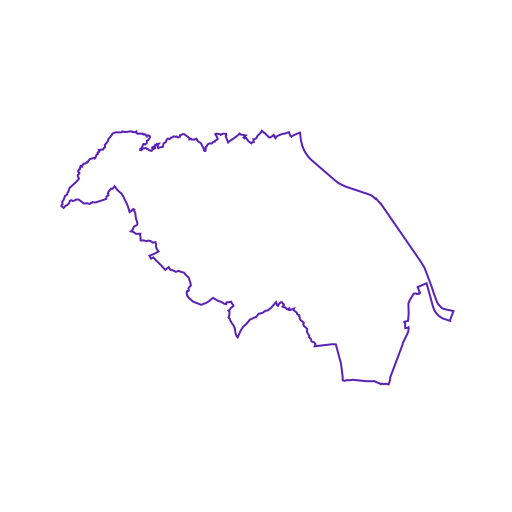 Motaieni, Dâmbovita, Romania, rotated 331°
{"feature_id": "2599482B19115351514525", "entity_name": "Motaieni", "entity_type": "district", "adm_level": 2, "iso_a3": "ROU", "parent_name": "Romania", "parent_adm1": "Dâmbovita", "projection": "albers", "projection_center": [25.393, 45.104], "detail": "fine", "context": "isolated", "style": "outline", "palette": "violet", "viewbox_px": 512, "rotation_deg": 331, "n_neighbors": 0, "source": "geoboundaries", "source_scale": "gbopen_adm2", "svg_char_len": 6095}
<svg xmlns="http://www.w3.org/2000/svg" viewBox="0 0 512 512"><g transform="rotate(331 256 256)"><path d="M367.7,238.4L363.5,232.2L361.8,228.3L350.9,198.6L349.9,194.9L349.3,188.9L349.4,185.9L350.0,181.7L351.6,176.0L354.3,169.5L350.8,168.9L345.6,168.6L344.8,168.9L344.3,167.5L344.5,165.5L345.0,163.8L344.6,163.6L340.2,162.9L338.8,162.1L333.6,161.4L332.1,161.5L330.2,162.4L329.9,161.1L329.9,160.4L330.5,159.6L330.1,158.7L326.4,159.3L325.0,158.7L323.4,153.3L321.8,149.3L320.6,150.2L315.0,151.9L313.5,153.1L310.9,153.2L310.3,152.7L309.2,155.3L308.1,154.7L306.5,155.2L305.1,151.9L304.4,147.4L303.1,147.6L302.7,146.3L305.5,145.6L301.4,142.2L301.0,141.0L298.4,141.7L292.0,142.5L288.3,142.7L286.7,143.2L287.0,140.3L287.4,138.4L287.5,136.7L288.7,135.8L289.1,134.7L286.3,132.9L283.7,132.9L283.7,132.2L281.3,130.2L279.7,129.6L279.4,129.7L279.6,131.9L279.4,134.9L278.8,135.3L276.5,135.3L275.6,136.0L273.5,135.5L271.7,136.2L270.2,135.1L269.2,134.9L267.2,135.3L265.8,136.3L265.0,136.2L264.5,136.5L264.3,137.6L263.4,138.4L262.9,139.5L262.3,139.5L261.9,139.2L261.8,138.3L262.3,136.5L262.5,131.1L262.2,129.9L260.9,127.8L260.6,126.7L260.8,124.6L258.8,124.3L257.4,123.7L256.1,122.9L256.2,122.3L255.9,121.7L254.3,121.6L254.8,120.6L254.5,119.4L252.2,114.6L250.9,113.8L249.5,113.9L248.4,113.5L247.9,113.7L247.3,114.8L245.5,114.6L244.8,114.0L244.5,112.9L243.2,112.6L242.2,111.5L240.0,111.7L239.2,111.3L237.1,111.8L235.8,110.6L234.3,110.9L232.4,112.6L229.8,112.7L227.5,115.4L224.1,114.3L222.8,114.4L222.7,113.6L223.2,112.4L224.5,111.1L225.5,110.7L223.8,109.9L223.3,110.4L221.7,110.7L221.5,110.0L220.6,110.7L220.3,111.9L219.9,111.8L218.8,110.7L217.8,110.7L217.6,111.3L218.9,112.7L217.1,112.7L215.7,113.5L213.7,111.5L213.4,110.3L212.3,109.3L212.1,108.4L211.5,107.9L208.9,107.2L207.0,107.9L206.1,107.1L206.6,106.3L207.7,106.3L209.7,105.2L211.4,103.6L212.0,103.5L212.6,104.0L213.0,104.7L215.1,104.4L216.5,102.4L218.0,102.4L220.6,100.9L221.2,100.2L221.3,99.7L220.7,98.6L220.0,98.1L218.6,98.6L218.3,96.3L217.9,95.6L216.9,95.6L216.5,95.2L216.6,94.6L216.1,93.9L215.7,94.0L214.9,93.3L211.5,91.5L211.3,90.2L211.7,89.1L210.1,89.2L209.3,88.3L208.0,87.7L207.7,86.7L207.0,86.2L203.5,85.0L200.9,83.6L199.4,82.2L198.8,82.6L197.9,82.5L193.3,79.8L190.0,79.4L188.2,80.4L183.6,82.2L182.3,83.7L177.6,85.6L177.2,86.8L176.6,87.7L175.0,87.9L173.9,88.8L170.1,87.0L170.1,88.0L169.7,88.8L168.4,88.6L167.7,88.8L167.4,89.0L167.4,90.0L165.7,90.1L162.9,92.5L162.0,92.5L162.0,91.7L161.7,91.5L157.6,90.7L155.5,91.5L154.2,92.4L153.7,92.5L153.2,91.9L151.8,92.4L150.4,91.8L149.7,91.9L147.2,93.0L147.1,93.5L146.7,93.2L146.6,92.2L146.4,92.1L145.3,92.9L145.3,93.3L144.0,94.8L143.1,94.5L142.5,95.2L141.5,95.5L141.3,96.0L141.8,97.7L141.7,98.1L139.9,98.6L138.9,99.3L138.7,102.5L136.3,103.6L125.9,106.1L123.9,107.8L123.1,108.8L121.9,109.2L120.8,110.5L119.7,110.8L118.1,110.8L115.5,113.2L114.3,114.0L113.2,114.4L112.5,115.2L112.4,116.1L111.8,116.9L110.9,117.1L110.0,117.8L111.0,120.7L114.1,119.7L115.8,120.0L118.6,118.9L119.9,117.5L121.2,117.5L122.5,119.1L124.6,119.6L126.1,119.4L127.9,120.4L128.4,120.9L131.0,126.8L133.8,127.9L135.3,129.5L136.5,129.8L137.3,129.4L138.2,129.9L139.0,129.6L141.6,131.4L152.6,133.5L154.0,131.7L155.1,131.3L156.2,131.4L156.6,130.1L157.1,129.8L156.9,129.3L157.8,128.5L160.1,127.3L160.7,127.5L161.8,126.8L163.3,127.7L166.1,126.4L167.0,132.0L168.6,136.3L168.8,139.6L168.1,150.0L166.8,156.4L168.9,156.2L171.3,155.4L172.1,156.5L171.3,157.5L171.3,159.7L169.4,164.4L168.2,169.9L167.9,170.4L166.5,171.2L163.5,171.1L160.8,173.3L158.6,173.9L160.4,175.5L161.8,178.5L165.6,180.4L164.7,181.5L164.2,183.3L162.7,186.2L163.0,187.0L164.6,187.4L167.8,190.1L169.4,190.3L171.1,192.0L172.3,194.3L174.8,195.1L174.5,195.9L174.4,197.5L173.3,198.7L172.6,201.3L172.9,204.8L167.5,204.7L162.9,204.1L163.0,207.5L165.5,207.4L166.3,210.8L168.5,218.2L169.9,224.2L174.3,223.4L174.4,226.6L176.4,228.3L178.2,231.0L181.3,231.6L182.2,233.0L185.0,235.7L185.4,238.7L186.7,242.1L185.7,247.4L184.7,250.3L182.5,250.9L181.3,251.6L180.6,253.5L180.2,253.8L178.7,253.3L177.9,254.0L177.2,255.3L176.6,257.4L177.0,260.3L178.9,265.5L184.3,272.0L185.4,272.4L187.2,272.3L188.2,272.8L192.2,272.8L198.1,271.7L201.1,277.0L203.2,279.1L205.0,282.2L206.3,283.6L206.6,283.7L207.7,282.3L208.0,282.3L210.8,283.6L212.1,283.9L212.0,286.4L212.3,287.9L211.9,288.8L208.7,289.3L207.2,290.2L205.4,290.4L205.8,292.0L203.7,295.2L202.1,296.5L202.7,298.2L202.3,298.9L202.2,299.7L202.4,304.3L202.7,305.6L202.3,309.3L200.5,314.0L200.2,316.9L200.5,318.3L205.5,314.5L210.3,311.7L215.3,310.6L219.7,308.7L226.9,309.3L230.4,307.7L232.0,308.4L234.4,308.9L237.7,308.4L239.5,309.3L240.2,309.3L243.7,308.7L251.2,306.1L250.6,309.0L250.9,310.1L251.2,310.3L252.8,309.1L254.8,308.5L256.0,308.7L256.3,309.1L256.4,310.6L256.9,311.6L256.8,312.3L254.7,313.2L255.9,314.7L256.5,314.9L257.3,317.7L258.5,318.0L259.8,317.9L259.6,318.4L258.5,318.8L258.7,319.3L259.5,319.8L263.6,320.4L262.7,321.0L262.6,321.5L264.1,325.1L264.2,325.8L263.9,326.4L263.9,327.2L265.1,328.6L265.1,329.0L264.5,329.6L264.6,330.4L263.8,332.1L264.0,334.1L265.4,337.0L265.3,337.8L264.1,338.8L264.0,340.2L265.4,344.4L265.0,345.5L263.9,346.5L263.7,349.3L263.9,351.7L263.1,352.7L263.7,355.4L263.2,357.1L263.5,358.3L264.8,359.3L265.3,361.6L265.1,362.2L263.6,363.4L280.1,370.2L283.0,372.0L278.1,391.5L273.3,403.5L271.6,406.7L272.6,407.9L274.7,408.5L279.3,410.8L280.4,411.0L291.8,419.0L297.5,422.2L298.7,422.6L300.3,425.0L302.5,427.5L302.8,428.6L304.4,428.7L305.6,430.1L307.6,430.6L309.7,432.6L313.0,429.6L314.7,427.1L341.4,404.4L342.1,403.4L352.3,396.2L354.5,393.3L354.8,392.2L353.5,392.2L351.6,391.5L352.6,389.1L353.5,388.1L353.8,386.7L353.6,385.7L353.8,385.5L357.6,386.4L361.6,380.4L366.2,371.5L368.8,369.3L375.7,365.4L377.8,366.3L378.3,367.4L380.1,368.0L380.3,367.5L381.5,367.8L382.3,361.6L392.0,362.5L386.3,385.9L385.7,389.4L385.9,393.1L386.7,396.6L387.7,398.8L389.0,401.1L394.4,406.9L394.9,405.9L402.0,399.9L394.5,393.3L393.5,391.8L393.0,390.5L392.0,386.2L392.0,384.0L393.6,373.7L394.7,368.3L397.7,347.9L397.3,340.0L390.5,270.3L390.2,270.3L388.8,263.8L388.2,264.0L386.8,260.0L385.2,257.5L367.7,238.4Z" fill="none" stroke="#5b21b6" stroke-width="2"/></g></svg>